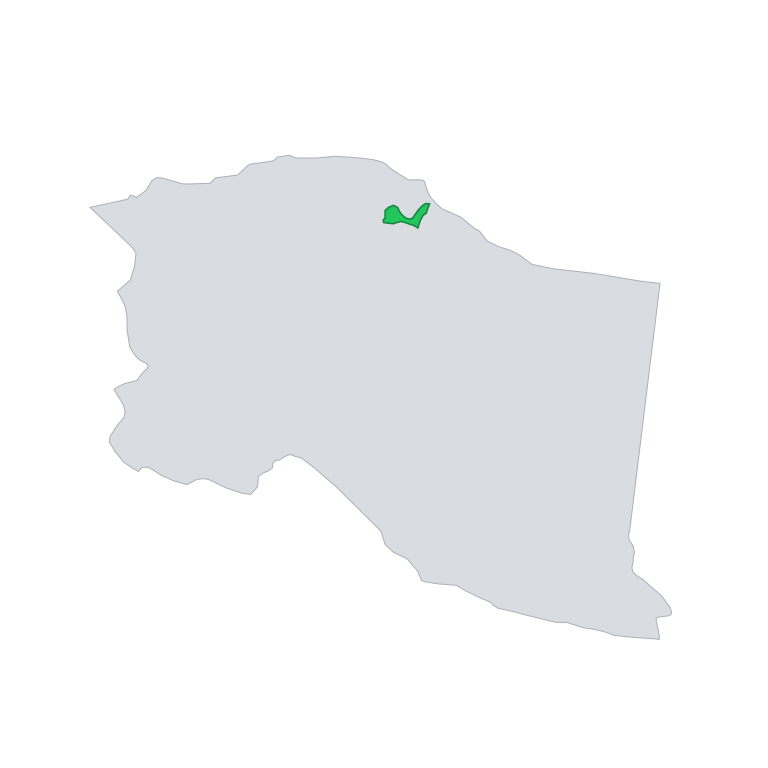 Bulambuli highlighted on a map of Uganda, rotated 277°
{"feature_id": "UGA-5613", "entity_name": "Bulambuli", "entity_type": "County", "adm_level": 1, "iso_a3": "UGA", "parent_name": "Uganda", "parent_adm1": "", "projection": "equal_earth", "projection_center": [34.336, 1.363], "detail": "fine", "context": "in_parent", "style": "filled", "palette": "green", "viewbox_px": 768, "rotation_deg": 277, "n_neighbors": 0, "source": "natural_earth", "source_scale": "10m", "svg_char_len": 2787}
<svg xmlns="http://www.w3.org/2000/svg" viewBox="0 0 768 768"><g transform="rotate(277 384 384)"><path d="M517.5,645.7L508.6,645.7L494.1,645.7L479.5,645.7L465.0,645.7L450.5,645.7L435.9,645.7L421.4,645.7L406.9,645.7L392.3,645.7L377.8,645.7L363.3,645.7L348.7,645.7L334.2,645.7L319.7,645.7L305.1,645.7L290.6,645.7L276.1,645.7L267.5,645.7L265.8,645.4L264.6,645.0L259.1,646.3L253.4,651.2L247.4,653.2L240.9,652.4L240.1,652.9L236.8,652.8L232.1,652.5L227.9,653.7L224.6,658.0L221.3,665.2L215.4,673.5L210.7,680.9L206.7,686.1L197.7,694.7L192.7,697.3L190.3,696.9L188.8,695.3L185.9,684.2L184.2,682.5L166.5,688.2L163.9,688.2L164.1,684.8L162.8,658.9L162.6,643.0L164.9,633.1L166.2,621.6L166.4,611.5L169.6,594.3L168.4,584.0L172.6,547.9L173.7,542.0L175.3,524.5L177.9,519.2L180.2,517.0L183.2,506.3L189.0,489.2L193.0,480.4L192.2,461.1L192.8,448.0L193.7,445.1L202.3,440.3L213.4,428.1L218.1,413.9L224.7,404.8L237.5,398.9L275.5,350.0L293.2,323.7L300.9,310.2L301.2,305.3L302.6,299.0L299.6,294.0L295.9,289.5L294.7,285.4L291.5,283.3L287.0,283.4L284.0,280.3L280.6,274.4L277.2,270.7L266.4,271.0L258.1,265.0L258.2,256.7L261.5,240.4L267.8,221.8L268.1,216.7L267.2,212.3L265.7,208.6L262.9,204.8L260.2,200.4L262.3,187.0L266.3,173.9L269.6,167.3L272.7,160.0L271.8,154.0L267.2,151.0L269.6,145.1L274.6,135.2L284.3,125.2L292.9,118.5L298.6,118.5L309.6,123.8L319.6,130.1L325.1,130.4L331.8,127.8L345.6,116.7L348.9,120.2L353.0,127.0L357.3,138.1L366.0,143.2L370.2,146.8L373.2,147.8L374.8,146.9L378.2,138.1L382.2,133.3L389.5,127.3L405.8,122.5L417.4,121.0L422.3,120.0L430.6,117.1L443.6,108.1L456.4,119.7L470.3,122.0L483.8,121.9L487.9,118.4L490.2,115.7L504.4,96.6L523.5,70.7L536.2,107.1L540.6,109.3L540.0,112.5L538.9,115.5L547.3,124.3L557.6,128.9L561.2,133.4L561.5,138.3L558.1,159.6L558.7,165.6L562.0,187.0L568.1,191.8L573.6,213.3L584.5,222.4L586.1,225.0L588.7,235.4L592.0,246.8L594.6,249.5L596.2,250.2L599.5,262.3L597.6,269.1L600.1,289.7L604.2,308.2L605.3,330.3L605.4,340.0L605.3,346.0L604.3,354.4L602.4,359.2L598.9,363.9L595.0,371.4L591.6,379.3L589.5,383.2L591.1,395.2L590.7,398.3L589.8,399.8L584.9,401.6L578.5,404.8L574.6,408.0L569.2,414.0L564.8,420.6L559.0,439.8L549.4,454.8L547.7,459.8L538.6,468.7L534.6,479.7L532.0,493.2L528.5,502.9L520.8,516.2L519.0,537.2L519.3,579.2L517.3,627.0L517.5,645.7Z" fill="#d9dde1" stroke="#a8b0b8" stroke-width="1"/><path d="M546.8,363.2L547.9,364.2L549.1,364.9L556.3,363.9L559.9,367.0L562.5,371.6L560.8,376.1L557.0,378.5L554.5,380.7L552.4,383.6L551.1,386.5L550.7,389.8L552.3,392.2L560.7,396.7L566.2,400.8L568.3,403.6L568.3,407.3L565.8,406.7L562.5,405.8L558.5,405.1L556.4,402.3L550.2,400.0L542.9,398.6L544.3,395.9L545.3,393.0L545.7,390.0L546.5,387.1L547.4,381.2L545.3,375.8L544.2,374.0L544.1,371.3L544.2,364.0L545.5,363.5L546.8,363.2Z" fill="#22c55e" stroke="#15803d" stroke-width="1.5"/></g></svg>